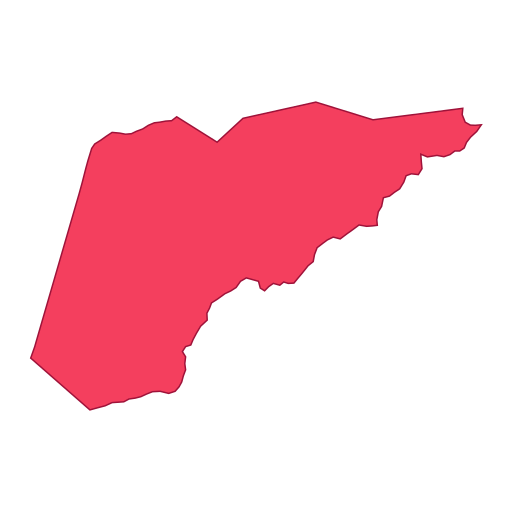 outline of Santa Terezinha do Tocantins, Tocantins, Brazil
{"feature_id": "56859067B31738575780904", "entity_name": "Santa Terezinha do Tocantins", "entity_type": "district", "adm_level": 2, "iso_a3": "BRA", "parent_name": "Brazil", "parent_adm1": "Tocantins", "projection": "natural_earth1", "projection_center": [-47.719, -6.486], "detail": "fine", "context": "isolated", "style": "filled", "palette": "rose", "viewbox_px": 512, "rotation_deg": 0, "n_neighbors": 0, "source": "geoboundaries", "source_scale": "gbopen_adm2", "svg_char_len": 1561}
<svg xmlns="http://www.w3.org/2000/svg" viewBox="0 0 512 512"><path d="M481.3,124.8L475.4,125.3L470.4,125.1L465.2,122.2L462.2,114.7L462.8,108.3L373.0,119.8L315.8,102.1L243.0,118.3L217.1,142.2L176.7,116.8L171.6,120.7L165.7,121.1L159.6,122.2L154.3,122.8L148.4,125.3L142.6,129.0L136.4,131.3L131.4,133.7L125.5,134.2L119.7,133.1L112.1,132.4L106.2,136.3L100.6,140.3L94.7,144.0L91.7,148.4L87.9,160.8L85.9,168.1L82.2,182.6L79.2,193.5L36.3,341.2L34.7,346.8L30.7,358.1L89.9,409.9L97.1,407.9L105.1,405.8L112.1,402.6L118.1,402.2L123.8,401.8L129.0,399.0L135.2,398.1L140.8,396.7L146.4,394.1L152.5,391.7L160.1,391.3L168.7,393.4L175.1,391.3L179.0,386.9L181.7,382.0L183.3,376.0L185.6,369.8L184.8,363.6L185.6,356.8L182.4,351.6L185.6,346.6L190.8,345.0L193.1,339.5L196.5,333.1L200.6,326.2L207.2,320.1L206.9,313.2L209.5,308.2L211.5,302.9L217.6,299.0L224.9,293.7L230.8,290.9L236.1,287.5L240.5,281.3L246.3,277.9L251.4,279.3L258.5,281.3L260.3,288.1L264.6,290.8L268.7,286.6L273.3,283.4L279.8,285.2L283.7,282.0L288.2,283.4L293.9,283.1L298.0,278.1L302.7,272.5L308.1,265.7L313.2,261.6L314.5,254.6L317.1,247.7L322.8,243.3L327.4,239.9L333.2,237.1L340.2,238.9L346.8,233.9L353.1,229.4L359.0,225.0L366.6,226.3L372.5,225.9L377.3,225.3L376.8,219.7L378.3,211.8L381.6,206.4L383.4,197.7L389.5,196.1L394.4,192.3L399.7,188.8L403.8,182.1L406.1,175.7L411.4,173.8L418.3,174.6L422.0,168.7L421.3,161.4L420.8,154.2L427.4,156.9L437.0,155.4L443.9,156.7L450.0,154.6L454.8,151.0L459.7,151.0L464.2,148.0L466.5,142.4L470.6,137.1L476.7,131.5L481.3,124.8Z" fill="#f43f5e" stroke="#9f1239" stroke-width="1.5"/></svg>